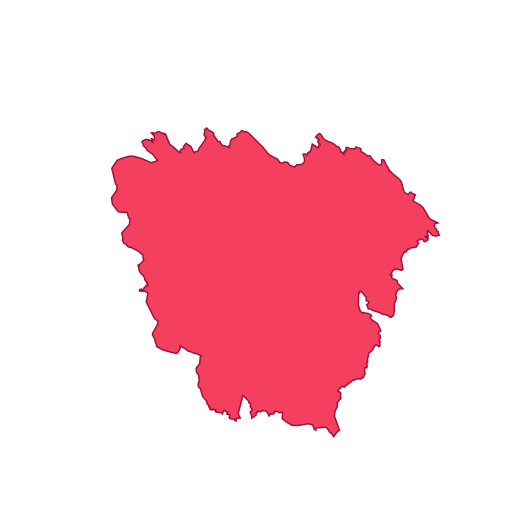 Jesús María, Jalisco, Mexico, rotated 305°
{"feature_id": "50627088B74441524279914", "entity_name": "Jesús María", "entity_type": "district", "adm_level": 2, "iso_a3": "MEX", "parent_name": "Mexico", "parent_adm1": "Jalisco", "projection": "equal_earth", "projection_center": [-102.134, 20.649], "detail": "fine", "context": "isolated", "style": "filled", "palette": "rose", "viewbox_px": 512, "rotation_deg": 305, "n_neighbors": 0, "source": "geoboundaries", "source_scale": "gbopen_adm2", "svg_char_len": 6147}
<svg xmlns="http://www.w3.org/2000/svg" viewBox="0 0 512 512"><g transform="rotate(305 256 256)"><path d="M284.0,97.2L283.2,99.0L281.6,100.7L281.5,102.7L280.1,106.6L280.1,113.0L277.7,120.7L272.3,116.6L270.3,106.6L267.3,98.0L264.4,94.3L258.6,89.7L254.8,87.4L245.1,87.6L234.4,99.7L234.0,101.6L233.0,102.6L229.7,104.2L221.0,104.2L216.2,108.5L213.2,117.9L217.7,125.5L214.5,129.5L213.7,131.6L209.4,134.2L197.9,132.8L193.6,137.3L192.4,137.3L190.6,140.4L191.2,143.0L190.2,145.0L190.4,146.5L190.6,147.6L191.3,148.1L192.4,156.7L191.9,162.9L189.8,164.4L188.1,166.5L183.6,165.9L181.5,165.0L181.2,165.4L180.8,164.7L180.1,165.2L180.2,166.2L179.1,166.5L176.3,169.7L174.8,176.1L172.5,179.1L172.0,181.9L171.1,181.7L171.0,183.3L170.3,184.3L169.8,184.3L169.2,183.0L167.5,182.7L167.0,183.3L165.3,182.5L164.4,183.1L163.0,183.1L163.3,181.1L161.5,180.0L160.8,180.3L160.7,181.5L162.4,183.4L163.4,185.6L163.8,188.7L155.5,192.4L147.2,207.4L146.4,209.9L146.5,212.5L146.1,213.3L144.0,214.5L133.0,215.7L131.9,216.6L130.1,220.4L127.7,222.9L126.4,225.2L124.8,226.4L125.7,234.0L130.4,246.7L132.2,247.4L136.1,247.1L138.2,246.3L138.8,245.5L139.5,251.0L139.2,254.8L140.4,258.5L140.8,261.3L141.6,262.0L142.8,268.5L141.4,268.2L135.6,271.6L130.4,271.3L129.2,271.7L126.8,273.9L125.0,278.2L123.4,278.8L122.8,279.9L121.5,280.8L117.8,282.1L116.4,283.3L115.8,284.2L115.3,286.7L110.5,292.5L108.5,299.6L106.9,300.4L106.4,303.8L105.3,303.8L105.2,305.7L104.2,305.8L104.0,306.6L104.6,308.2L105.7,308.1L105.8,310.3L106.5,310.3L107.1,311.1L105.2,312.5L106.2,315.0L107.5,316.4L107.3,319.0L110.6,318.2L111.5,318.7L111.2,320.3L111.9,322.4L109.8,322.7L110.7,326.0L108.4,326.5L107.9,327.3L108.2,328.9L109.9,331.9L109.0,333.1L109.5,334.3L111.6,332.9L114.3,336.0L116.5,331.9L134.4,325.2L133.1,332.5L131.7,334.4L131.4,336.7L129.5,337.5L128.7,338.8L128.4,340.4L127.8,341.0L124.7,340.7L123.0,343.6L120.7,345.5L125.5,347.4L128.0,346.0L128.7,347.0L129.7,346.4L130.5,347.3L130.8,349.0L133.2,350.2L134.6,352.6L134.4,354.7L132.5,358.5L135.2,358.4L135.6,359.8L137.2,361.2L138.9,360.4L140.1,360.8L141.3,365.4L143.3,367.3L137.8,370.8L137.5,376.6L137.9,382.6L141.5,388.0L148.2,394.6L148.9,396.0L150.1,399.3L147.4,403.2L147.6,404.9L148.9,404.0L149.9,404.3L155.9,411.4L155.3,414.4L153.7,417.8L154.1,419.0L152.6,423.3L158.5,423.3L160.2,423.7L160.9,424.6L169.8,412.2L174.1,409.8L179.5,408.9L181.4,407.6L181.6,407.0L184.1,406.7L188.1,407.3L189.5,405.7L192.4,404.0L192.7,402.6L191.8,400.9L192.5,400.3L197.7,401.0L198.8,401.7L199.3,403.7L200.9,403.7L203.1,404.9L204.6,404.7L206.7,405.9L209.4,406.4L212.0,408.6L213.1,408.8L215.0,412.0L217.9,413.6L222.0,412.9L226.2,409.3L226.9,409.4L227.8,410.7L229.1,410.6L231.1,408.6L233.5,408.2L234.7,406.7L238.5,405.4L240.3,404.2L245.9,405.3L251.1,404.7L252.5,406.4L252.1,408.7L253.5,409.1L255.4,407.4L257.2,406.7L257.8,404.9L260.2,404.9L261.6,403.8L262.1,403.3L263.0,400.3L264.2,400.3L265.7,401.2L266.5,400.9L269.9,395.1L270.3,393.3L270.1,387.7L270.5,385.7L271.3,384.7L273.1,385.1L273.7,384.0L273.2,380.4L272.4,379.5L271.3,376.3L270.1,375.6L270.8,372.9L274.5,368.0L284.4,361.5L285.1,362.1L286.9,361.3L287.2,362.0L287.1,364.5L286.3,366.1L285.2,370.3L282.8,371.6L282.7,372.7L283.4,374.4L281.7,375.3L279.8,374.6L277.0,378.4L278.2,379.5L278.3,382.4L280.5,389.4L280.6,391.8L282.5,396.6L283.0,399.1L282.7,400.9L283.1,401.8L285.3,402.5L286.6,402.5L290.2,401.0L296.5,396.3L297.9,396.5L302.1,395.3L303.7,393.3L306.6,391.9L309.1,391.7L311.3,392.4L313.4,395.0L314.9,387.5L316.9,385.5L315.8,380.5L316.3,379.3L318.3,378.4L317.2,377.1L317.6,376.9L322.8,376.5L324.6,377.3L326.1,378.7L327.7,383.4L329.3,384.1L337.3,376.1L344.7,375.1L345.7,376.8L348.5,376.2L349.7,377.8L351.0,377.7L355.2,382.1L360.0,381.8L360.5,379.4L362.2,379.9L363.3,381.0L364.1,381.0L365.1,382.0L365.0,383.9L364.4,384.9L364.8,386.6L366.5,386.7L367.2,387.6L369.4,386.8L369.6,386.3L368.9,385.3L369.2,382.9L370.2,385.6L371.1,385.8L373.5,382.6L374.7,381.8L375.3,382.8L374.8,383.7L375.0,385.8L374.2,387.1L374.2,388.7L375.3,391.8L378.3,394.3L379.2,392.0L380.5,391.3L380.4,389.6L381.5,388.2L381.6,387.0L382.9,384.8L385.3,384.1L387.4,386.0L386.2,377.6L386.4,376.2L391.5,365.0L391.9,361.2L391.0,353.1L397.5,351.4L396.9,347.9L397.3,346.3L396.1,345.5L394.1,345.4L393.2,343.3L393.6,340.3L399.8,333.0L400.6,331.1L401.3,328.3L401.9,319.4L402.4,318.0L401.8,317.1L402.8,316.3L403.0,314.7L403.7,314.4L405.6,309.8L408.0,306.0L407.8,304.6L406.8,303.8L404.7,305.5L402.4,305.8L401.1,304.4L401.5,297.6L403.5,291.7L402.0,290.2L402.2,284.3L401.8,282.6L402.0,281.6L403.7,280.8L404.0,280.0L402.6,275.3L400.7,275.7L397.8,271.3L397.5,268.6L396.2,267.6L394.4,269.8L394.1,268.5L392.6,268.4L391.8,269.5L391.3,268.3L390.7,268.2L389.8,269.2L390.4,266.5L389.5,265.6L391.4,264.6L392.8,260.7L391.8,259.2L392.3,257.6L392.2,253.0L391.0,248.9L390.7,244.4L392.8,239.5L392.8,237.8L390.2,236.8L387.5,236.7L387.5,241.2L385.8,240.6L384.4,241.9L384.7,243.2L383.8,245.0L383.2,244.9L382.7,243.8L380.6,245.0L380.3,243.4L379.5,242.3L380.1,241.8L380.0,237.9L372.4,240.9L372.1,239.7L370.6,240.3L370.0,239.1L367.9,240.1L367.8,237.6L366.3,236.2L363.8,239.6L361.6,241.4L359.4,241.6L357.2,241.0L354.2,237.1L351.1,236.5L349.6,231.6L350.9,228.3L349.5,225.6L346.9,224.0L346.3,222.2L347.6,218.2L346.6,209.9L346.9,206.7L349.0,199.4L352.4,180.2L352.3,176.3L351.2,175.7L350.6,172.4L347.8,171.9L345.2,170.5L343.2,171.7L341.4,171.3L338.2,169.1L335.4,169.2L331.5,171.2L330.6,170.6L329.4,172.0L328.3,166.7L327.0,164.9L327.9,163.6L327.8,162.6L329.0,161.3L329.0,160.2L328.2,159.7L328.0,158.8L328.8,157.5L330.6,152.0L332.0,151.4L332.5,150.0L331.9,145.0L332.6,142.8L332.3,141.9L331.2,142.2L330.1,141.2L328.5,142.8L325.4,143.9L324.1,147.6L323.1,147.1L321.8,147.8L312.0,147.6L308.6,148.2L306.3,146.3L305.1,146.0L308.4,139.8L308.2,134.1L304.0,133.8L302.9,135.3L300.3,133.4L298.4,133.5L297.4,135.0L296.8,133.8L298.0,125.0L298.0,120.9L299.8,118.9L300.0,117.5L300.8,117.2L300.9,115.8L302.3,114.9L304.0,111.9L303.6,110.3L303.1,110.7L302.3,105.2L300.3,103.6L299.2,103.4L297.8,101.8L297.9,100.8L296.8,99.7L296.0,103.5L294.6,105.3L292.5,105.7L292.1,104.9L292.5,103.4L292.0,103.0L290.0,106.1L289.7,101.3L288.8,100.5L288.7,99.2L285.0,97.0L284.0,97.2Z" fill="#f43f5e" stroke="#9f1239" stroke-width="1.5"/></g></svg>